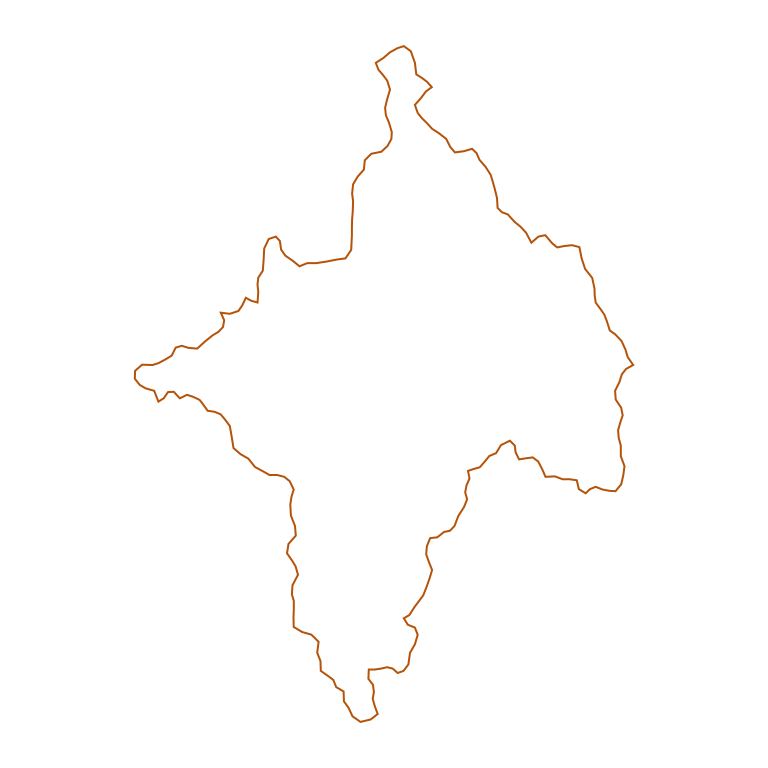 São José do Jacuri, Minas Gerais, Brazil (Natural Earth projection)
{"feature_id": "56859067B60051693205598", "entity_name": "São José do Jacuri", "entity_type": "district", "adm_level": 2, "iso_a3": "BRA", "parent_name": "Brazil", "parent_adm1": "Minas Gerais", "projection": "natural_earth1", "projection_center": [-42.674, -18.243], "detail": "fine", "context": "isolated", "style": "outline", "palette": "amber", "viewbox_px": 768, "rotation_deg": 0, "n_neighbors": 0, "source": "geoboundaries", "source_scale": "gbopen_adm2", "svg_char_len": 3326}
<svg xmlns="http://www.w3.org/2000/svg" viewBox="0 0 768 768"><path d="M287.0,553.3L292.3,560.9L295.6,566.4L298.0,574.8L292.5,585.2L291.9,594.5L293.8,600.9L293.8,608.8L293.5,617.6L293.7,626.9L302.1,632.0L311.3,634.6L318.6,641.8L317.2,652.7L320.5,661.1L320.8,670.9L327.8,675.8L333.3,679.9L336.2,687.1L343.6,691.5L343.9,701.3L348.6,707.9L352.5,716.3L360.5,721.9L370.6,719.5L377.7,714.0L374.7,705.9L372.7,698.7L373.9,692.2L373.0,684.9L368.4,678.8L368.8,669.5L374.9,669.5L381.0,668.6L387.2,667.2L392.7,668.6L397.7,673.0L403.5,670.9L408.4,664.4L410.0,652.8L414.9,644.3L417.7,634.8L414.9,627.6L407.8,624.7L403.8,618.3L409.4,615.0L414.3,607.3L419.1,600.9L423.2,595.4L426.5,587.1L429.6,578.3L432.1,570.0L429.0,562.3L426.2,554.4L426.9,546.1L430.2,538.1L437.3,537.3L444.1,531.9L449.9,530.8L454.5,526.0L458.3,516.0L464.1,506.9L467.1,499.3L465.2,492.3L466.5,485.4L469.5,478.6L468.0,470.9L473.6,469.0L479.7,467.3L484.4,462.0L489.3,456.0L496.0,453.2L501.0,445.1L509.9,440.7L514.8,445.6L515.6,452.3L519.1,459.4L525.8,458.3L532.7,457.4L538.2,461.5L542.1,469.0L545.5,476.8L555.0,476.4L562.7,479.3L569.2,479.2L576.8,480.3L578.8,489.1L585.7,493.3L590.0,489.1L595.7,486.8L602.4,489.5L609.2,490.8L615.5,491.2L621.2,484.3L623.3,475.2L624.5,466.2L620.8,456.2L620.8,445.6L618.7,437.9L618.1,430.3L620.2,422.7L622.7,415.4L621.2,407.8L615.7,399.5L615.1,390.7L619.3,382.4L621.8,374.4L626.1,368.9L633.2,365.0L627.7,357.1L625.5,349.7L621.6,341.1L615.1,334.2L609.8,330.5L607.1,321.9L604.3,314.5L600.0,308.4L595.7,302.6L594.7,295.7L594.5,288.5L592.2,277.9L585.1,268.9L581.6,258.3L579.4,247.1L572.0,245.2L564.5,246.0L557.2,247.4L552.3,243.4L545.3,235.2L538.4,236.6L531.4,242.7L526.2,232.9L520.7,226.9L514.5,221.8L507.8,214.4L501.9,212.2L497.6,207.9L497.0,198.0L494.8,189.0L492.7,181.5L490.7,174.9L485.6,166.9L479.4,159.7L476.6,153.2L472.1,148.8L464.0,151.2L454.9,152.4L450.3,147.0L446.2,138.9L438.9,133.2L432.2,128.9L426.9,123.1L422.0,118.3L417.7,112.9L414.9,104.9L421.0,98.0L425.9,91.5L431.8,87.1L426.9,81.7L421.6,77.7L416.3,74.4L414.9,62.8L410.8,51.2L403.8,46.1L397.4,48.2L390.0,52.3L383.2,58.1L375.8,62.8L378.4,69.7L382.6,74.5L387.2,80.6L390.0,89.6L386.9,100.2L385.1,107.9L385.9,115.3L389.0,122.7L391.8,132.2L391.4,138.9L387.6,145.9L381.4,151.7L371.2,153.8L364.8,160.3L363.9,169.5L357.6,176.7L353.1,184.3L352.1,193.8L353.1,201.0L352.7,212.3L352.1,219.5L351.9,227.9L351.9,235.2L351.2,249.9L345.4,258.4L337.0,259.5L326.3,261.6L316.5,263.1L307.3,263.1L299.5,266.3L292.8,260.8L285.4,255.7L281.1,249.6L279.9,241.0L275.8,236.6L268.7,239.0L264.2,248.5L263.6,260.2L262.8,270.7L258.3,277.6L257.5,284.5L258.3,292.0L257.5,302.5L251.3,300.8L245.8,297.8L242.2,305.5L238.4,311.0L229.8,313.8L220.8,312.7L224.2,320.3L223.0,327.0L218.4,331.9L212.8,335.2L205.1,341.4L197.2,348.6L188.6,347.9L181.8,345.8L175.7,347.6L171.7,355.6L165.3,359.5L158.5,363.1L152.6,365.0L142.1,364.7L135.1,370.8L134.8,378.7L139.7,384.9L145.5,388.3L154.2,390.8L158.4,401.6L163.7,398.3L168.0,392.1L173.8,391.8L179.8,398.3L187.1,394.8L193.3,396.9L199.6,399.9L203.4,404.8L207.7,410.8L214.7,411.8L220.6,414.3L224.9,419.4L229.8,426.0L231.6,436.1L233.5,448.1L240.6,454.2L248.3,458.6L255.0,467.0L262.4,471.0L269.5,475.0L277.2,475.0L284.2,476.8L289.7,481.2L293.7,489.5L291.5,496.7L290.3,504.4L290.9,515.5L295.0,526.0L295.8,535.6L288.5,543.9L287.0,553.3Z" fill="none" stroke="#b45309" stroke-width="2"/></svg>